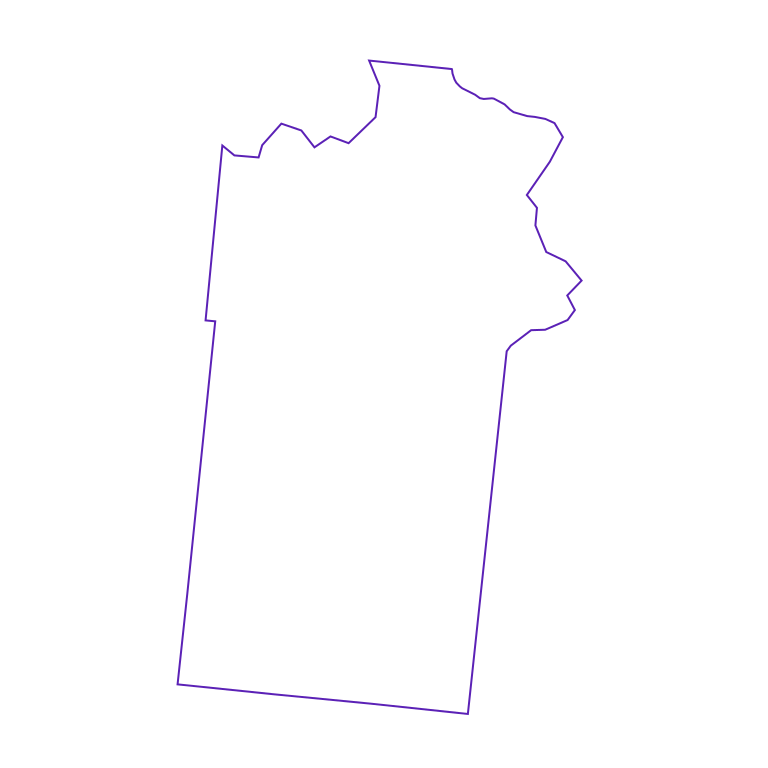 Trempealeau, Wisconsin, United States of America (Equal Earth projection), rotated 186°
{"feature_id": "52423323B76449700751591", "entity_name": "Trempealeau", "entity_type": "district", "adm_level": 2, "iso_a3": "USA", "parent_name": "United States of America", "parent_adm1": "Wisconsin", "projection": "equal_earth", "projection_center": [-91.426, 44.291], "detail": "fine", "context": "isolated", "style": "outline", "palette": "violet", "viewbox_px": 768, "rotation_deg": 186, "n_neighbors": 0, "source": "geoboundaries", "source_scale": "gbopen_adm2", "svg_char_len": 809}
<svg xmlns="http://www.w3.org/2000/svg" viewBox="0 0 768 768"><g transform="rotate(186 384 384)"><path d="M266.1,64.6L265.4,429.4L261.9,435.4L243.3,452.9L229.4,454.8L208.1,466.8L201.9,477.5L211.0,491.2L198.3,507.5L216.2,525.0L236.4,532.2L250.0,557.5L250.3,575.2L261.7,586.9L242.3,622.4L231.9,648.2L241.7,661.3L251.3,664.5L262.0,665.4L269.6,665.4L283.5,667.9L287.5,670.2L293.3,674.7L304.6,679.3L306.6,679.4L314.6,677.9L318.6,678.3L323.6,681.2L337.2,686.3L339.7,687.9L343.6,691.2L345.7,694.2L348.3,699.9L349.1,703.4L349.5,704.3L432.6,704.1L419.7,680.1L420.3,648.5L444.4,619.8L463.1,624.6L477.9,612.1L492.7,627.5L513.3,632.2L530.1,608.8L532.4,596.2L556.7,595.7L569.7,604.3L568.1,428.6L558.4,428.7L557.7,154.6L557.9,63.7L460.9,63.9L363.6,64.7L266.1,64.6Z" fill="none" stroke="#5b21b6" stroke-width="2"/></g></svg>